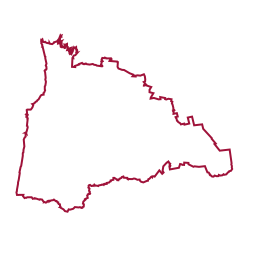 outline of Waitomo District, Waikato, New Zealand, rotated 4°
{"feature_id": "76426892B29950050378985", "entity_name": "Waitomo District", "entity_type": "district", "adm_level": 2, "iso_a3": "NZL", "parent_name": "New Zealand", "parent_adm1": "Waikato", "projection": "robinson", "projection_center": [174.849, -38.431], "detail": "fine", "context": "isolated", "style": "outline", "palette": "rose", "viewbox_px": 256, "rotation_deg": 4, "n_neighbors": 0, "source": "geoboundaries", "source_scale": "gbopen_adm2", "svg_char_len": 5628}
<svg xmlns="http://www.w3.org/2000/svg" viewBox="0 0 256 256"><g transform="rotate(4 128 128)"><path d="M70.4,59.0L72.1,56.7L71.4,57.0L71.1,56.5L71.8,55.5L71.4,55.3L71.9,54.2L71.8,53.9L71.2,54.1L70.8,53.4L70.9,52.5L70.3,52.2L70.7,51.8L70.6,51.0L70.0,51.5L69.1,51.3L68.3,52.1L68.1,52.8L67.7,51.9L67.3,53.0L67.3,53.9L67.7,54.2L67.4,54.7L67.6,55.2L66.4,58.2L65.9,57.7L64.9,58.3L64.6,57.9L66.1,56.3L66.3,54.2L64.9,54.8L64.0,56.1L63.4,55.1L65.1,53.2L65.4,52.1L63.1,53.1L62.5,54.2L61.9,54.4L62.4,52.3L62.3,51.4L61.5,51.1L61.3,48.4L59.9,49.2L59.1,49.2L60.0,50.2L59.9,52.4L59.2,52.6L59.0,51.8L58.5,52.6L58.6,51.8L59.3,51.6L58.6,51.1L56.9,52.4L57.4,51.3L56.7,50.8L56.3,51.0L56.1,51.9L55.7,52.7L55.7,50.8L55.1,51.0L54.9,49.9L55.5,49.7L55.3,49.0L55.8,48.7L55.2,48.0L55.5,47.6L55.0,47.4L55.9,45.8L55.0,46.2L54.0,48.5L53.5,48.1L52.3,48.6L52.3,48.1L53.2,48.0L53.4,47.3L52.5,46.5L51.4,46.7L52.6,45.4L53.3,46.2L53.8,46.1L54.1,42.8L54.5,42.0L55.2,41.7L54.9,41.2L55.1,40.5L54.5,40.8L54.1,40.3L53.0,43.8L51.1,46.5L48.2,47.7L48.2,48.2L46.5,49.6L44.2,49.4L43.6,48.4L43.6,49.0L42.7,49.0L40.6,48.7L39.3,47.8L38.8,48.2L37.6,48.1L37.0,47.2L36.4,45.5L35.8,46.1L35.3,46.0L35.3,47.6L35.8,48.7L35.5,49.3L36.7,51.1L36.6,51.7L37.1,52.6L36.8,53.1L37.3,53.3L40.2,62.5L40.6,62.7L40.6,64.1L42.2,69.5L41.6,71.5L42.3,72.5L42.6,74.7L42.3,75.5L41.6,75.6L40.8,76.7L41.4,78.1L42.2,82.6L42.4,83.9L42.1,85.2L42.9,87.6L42.6,91.4L42.1,92.3L42.3,95.3L42.7,96.0L41.9,98.5L41.2,99.2L41.5,100.6L39.4,101.1L38.7,101.8L36.8,105.7L35.6,106.7L35.1,107.8L34.0,108.3L33.4,109.3L31.8,110.5L30.9,110.8L31.9,111.7L31.2,114.2L30.2,115.8L29.7,116.4L25.6,116.7L26.0,116.8L25.7,117.1L26.3,120.3L25.7,121.1L26.0,121.1L25.9,121.6L26.7,121.5L27.1,121.9L26.8,122.5L26.0,122.7L25.8,124.0L26.7,124.2L27.0,126.0L27.3,125.9L27.0,132.9L27.6,133.2L27.9,134.4L27.0,139.1L25.8,139.9L26.6,139.9L26.8,140.4L26.4,140.1L26.2,140.5L26.5,143.7L25.6,144.7L24.8,146.8L25.9,153.7L25.3,156.9L25.3,159.8L24.9,160.1L24.8,160.9L25.0,163.1L24.1,173.3L23.6,174.3L22.8,180.0L23.2,180.4L22.6,187.3L22.1,190.1L22.2,191.2L21.5,197.7L21.6,198.6L21.2,199.9L21.9,202.5L28.3,202.0L28.0,203.3L29.7,205.1L30.5,204.7L31.3,204.8L32.3,204.1L36.7,203.8L38.0,205.3L39.8,204.5L40.1,205.0L41.2,204.8L44.8,205.7L45.2,205.2L47.3,205.4L48.6,207.1L49.6,207.6L49.5,207.9L50.2,207.7L51.2,208.2L52.2,207.7L52.6,206.7L53.5,206.2L55.0,206.0L54.9,206.6L56.4,205.6L58.4,205.2L59.1,204.6L61.1,206.0L61.9,205.8L62.9,207.2L63.6,207.1L63.8,208.2L64.2,208.7L65.4,208.9L65.6,210.3L66.1,211.1L65.7,211.6L66.2,211.6L66.3,212.2L69.4,213.7L70.9,215.3L73.5,215.7L74.5,213.3L75.8,213.5L77.9,212.8L79.1,212.3L80.5,210.6L84.4,210.7L85.6,210.3L87.1,211.0L87.8,210.9L88.2,210.6L88.1,210.1L89.3,209.5L89.3,207.2L88.3,206.6L88.6,204.5L90.5,202.5L90.0,202.0L90.2,201.8L92.7,200.5L92.0,198.2L92.5,197.8L92.5,197.0L93.3,196.5L94.5,196.5L94.8,195.9L94.1,194.8L94.3,194.2L93.5,193.4L93.8,191.1L92.7,190.3L93.0,189.8L92.7,188.4L93.2,187.7L94.1,187.4L95.5,188.4L96.4,188.3L97.2,187.8L97.9,188.1L98.4,186.9L99.5,187.8L101.1,187.7L102.4,188.0L102.9,187.3L105.9,186.5L106.1,186.2L107.0,186.3L107.5,185.9L107.9,186.3L108.4,185.4L109.1,185.6L110.7,185.2L110.5,184.3L113.0,183.7L113.6,182.8L114.5,182.4L114.4,181.5L117.0,180.7L116.9,178.8L117.9,178.7L120.7,180.3L120.9,180.8L121.8,180.8L121.7,180.1L123.0,179.8L123.2,179.1L125.0,178.2L125.2,177.4L126.8,176.7L127.4,177.9L130.8,177.8L131.1,179.0L131.9,179.3L132.3,178.8L135.7,178.7L137.4,178.0L138.7,178.1L141.0,179.0L143.2,178.6L143.6,179.7L144.8,180.7L147.1,181.2L150.8,179.3L151.5,179.3L151.9,177.6L152.8,177.3L154.5,175.1L155.2,174.7L155.7,175.4L156.1,174.5L157.4,174.3L158.0,174.6L162.2,168.1L165.3,171.3L166.6,169.9L165.5,168.3L165.9,163.8L169.0,159.9L170.5,158.7L170.8,159.5L171.4,159.5L171.6,160.0L172.6,160.7L172.1,161.8L172.9,162.7L172.7,163.3L172.0,163.5L172.7,166.4L181.6,164.1L182.5,160.3L184.1,160.5L184.7,161.0L186.5,160.9L186.5,158.6L190.7,158.6L190.9,160.0L196.0,162.1L197.0,161.6L201.5,161.8L207.4,160.7L210.3,166.7L211.6,166.8L212.9,168.4L212.7,168.8L213.2,169.4L214.2,169.6L214.9,170.4L216.0,170.6L216.8,170.5L217.7,169.4L219.8,169.9L221.5,169.7L221.8,169.5L221.9,168.5L223.5,169.0L225.4,168.6L226.5,167.5L227.1,168.0L229.3,167.4L230.8,165.3L231.6,164.9L231.9,164.1L233.7,163.5L234.8,161.6L234.3,160.3L234.3,158.7L233.6,157.1L233.8,156.0L230.9,142.4L221.1,144.2L215.4,138.0L216.6,137.4L212.2,132.9L212.3,132.3L203.1,123.6L201.7,119.2L193.8,120.7L191.1,112.2L186.9,113.4L188.8,119.3L184.1,120.7L183.8,119.7L180.5,120.7L179.8,119.7L177.6,118.5L176.9,117.5L176.3,117.3L175.9,115.6L174.9,114.3L174.7,113.8L176.8,113.1L175.7,109.8L172.4,110.7L172.4,108.9L171.9,108.2L172.5,107.6L172.0,107.2L172.8,106.8L171.9,105.9L171.8,104.6L170.7,101.2L170.1,100.6L170.4,98.7L169.2,98.3L169.4,96.3L166.3,96.0L164.1,96.9L163.0,96.6L163.0,95.5L158.0,94.9L158.4,97.0L156.5,97.3L151.7,96.2L148.5,97.1L148.6,96.1L150.9,91.5L147.0,90.8L146.8,88.4L148.3,85.5L143.5,84.3L143.3,83.6L142.7,83.4L142.2,83.3L141.6,84.5L140.9,84.6L140.9,84.2L142.1,82.6L140.5,81.0L141.8,80.3L141.8,78.2L141.2,75.3L140.1,73.3L136.7,74.9L133.8,74.8L131.9,75.3L132.0,76.1L129.0,76.1L130.0,74.8L129.8,74.5L125.9,73.3L120.0,70.4L118.0,70.4L114.3,69.3L113.3,67.7L113.3,63.1L112.9,63.1L112.6,62.5L104.9,62.4L105.2,61.7L106.7,60.7L106.7,60.2L106.3,59.7L101.3,60.1L100.9,59.6L99.8,59.4L99.3,60.0L97.5,59.9L96.9,61.5L98.0,63.1L96.7,63.5L97.2,64.6L96.6,66.7L97.8,67.4L98.1,68.0L97.8,68.3L92.4,67.9L91.6,67.4L89.8,67.3L88.4,66.6L85.3,67.4L82.4,67.2L81.5,66.6L80.7,67.2L79.7,67.0L79.5,67.4L78.1,67.0L77.6,66.3L74.6,67.6L74.8,68.1L70.7,69.8L71.0,70.9L67.9,70.9L67.7,62.3L68.6,62.3L68.2,60.9L68.8,59.6L70.4,59.0Z" fill="none" stroke="#9f1239" stroke-width="2"/></g></svg>